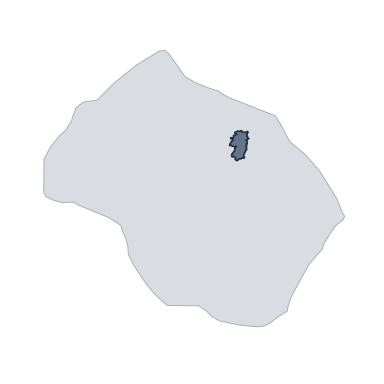 Tebe-Tebe, Berea, Lesotho (highlighted), rotated 80°
{"feature_id": "5366337B30705161784886", "entity_name": "Tebe-Tebe", "entity_type": "district", "adm_level": 2, "iso_a3": "LSO", "parent_name": "Lesotho", "parent_adm1": "Berea", "projection": "albers", "projection_center": [27.887, -29.222], "detail": "fine", "context": "in_parent", "style": "filled", "palette": "slate", "viewbox_px": 384, "rotation_deg": 80, "n_neighbors": 0, "source": "geoboundaries", "source_scale": "gbopen_adm2", "svg_char_len": 5562}
<svg xmlns="http://www.w3.org/2000/svg" viewBox="0 0 384 384"><g transform="rotate(80 192 192)"><path d="M254.8,261.8L243.7,265.2L242.2,265.5L235.1,264.6L225.6,265.4L218.2,267.3L212.4,268.0L203.0,278.0L185.8,305.1L181.3,310.8L180.0,321.5L176.0,329.9L171.2,336.5L166.4,338.1L152.2,335.4L134.1,332.1L123.5,323.9L114.0,313.2L109.0,305.3L103.8,301.1L102.0,298.7L94.6,295.1L91.8,293.2L89.3,291.9L86.3,286.7L84.5,282.2L85.2,269.6L79.9,262.1L70.9,249.3L65.1,238.8L57.3,224.5L52.4,212.3L47.4,199.6L48.0,194.1L52.7,190.4L66.5,183.9L77.2,178.9L84.9,169.8L93.3,156.2L97.3,148.1L101.4,144.3L105.9,138.6L113.6,125.8L122.3,111.7L131.6,96.5L143.4,92.1L159.5,87.0L175.0,73.8L193.4,62.7L223.3,50.7L237.2,47.7L242.5,45.9L245.8,48.2L249.3,55.2L254.4,61.0L266.0,71.2L271.0,73.7L283.0,88.8L295.8,99.2L310.6,111.1L320.7,117.1L325.8,118.8L330.0,129.3L334.2,137.2L336.6,144.5L336.0,151.6L331.1,168.9L324.1,186.5L318.5,193.8L311.8,198.4L305.2,205.3L302.5,219.5L299.4,236.2L290.8,243.0L284.2,247.5L275.0,252.9L254.8,261.8Z" fill="#d9dde1" stroke="#a8b0b8" stroke-width="1"/><path d="M164.6,145.8L164.6,145.5L164.6,144.8L164.4,144.4L164.4,144.2L164.5,143.9L164.8,143.8L165.1,143.7L165.5,143.4L165.8,143.3L166.3,143.3L166.5,143.4L166.6,143.7L166.8,143.7L167.0,143.8L167.3,143.8L167.5,143.8L168.6,143.0L168.7,142.4L169.0,141.8L169.0,141.7L168.8,141.2L168.5,141.2L168.2,140.9L167.9,140.6L167.5,140.3L167.5,140.0L167.7,139.5L167.6,139.0L167.7,138.9L167.7,138.7L167.9,138.4L167.9,138.0L167.8,137.9L167.8,137.6L167.7,137.5L167.5,137.2L167.3,137.1L167.4,136.9L167.2,136.6L167.2,136.4L167.5,136.5L167.5,136.4L167.4,136.3L167.4,136.2L167.2,136.1L167.2,135.9L167.3,135.3L167.5,135.2L167.5,134.8L167.6,134.7L167.2,134.4L167.0,134.5L166.7,134.4L166.7,134.5L166.3,134.9L166.1,134.9L165.8,135.0L165.5,134.9L165.4,134.8L165.1,134.7L164.7,134.5L164.4,134.5L164.0,134.3L163.9,134.2L163.6,133.8L163.5,133.7L163.3,133.7L163.0,133.6L162.8,133.4L162.6,133.4L162.3,133.0L162.1,133.1L161.9,132.9L161.7,132.7L161.5,132.4L161.4,132.3L161.1,132.4L160.9,132.0L160.6,132.0L160.5,131.9L160.4,131.8L160.0,131.7L159.9,131.6L159.7,131.4L159.7,131.2L159.6,131.3L159.5,131.2L159.4,131.3L159.0,131.2L158.8,130.8L158.6,130.8L158.4,130.7L158.1,130.7L157.8,130.5L157.7,130.6L157.3,130.5L157.1,130.8L156.8,130.9L156.7,130.8L156.7,130.6L156.5,130.4L156.4,130.4L156.4,130.5L156.1,130.4L155.8,130.4L155.6,130.3L155.5,130.2L155.3,129.9L155.1,129.9L154.8,129.8L154.7,129.9L154.6,129.7L154.4,129.4L154.3,129.5L154.3,129.4L154.2,129.2L154.0,129.3L153.6,129.4L153.4,129.3L153.3,129.2L153.2,129.1L152.9,129.0L152.7,129.0L152.3,129.1L152.2,129.2L152.0,129.3L151.9,129.2L151.8,129.3L151.7,129.2L151.5,129.3L151.2,129.3L151.2,129.2L150.9,129.2L150.8,129.3L150.7,129.4L150.6,129.5L150.3,129.6L150.3,129.0L150.1,129.1L150.0,128.7L150.0,128.3L149.9,128.3L149.7,128.0L149.7,127.8L149.8,127.8L149.6,127.6L149.5,127.4L149.4,127.6L149.2,127.5L148.9,127.6L148.7,127.5L148.7,127.4L148.6,127.5L148.4,127.5L148.2,127.7L148.1,127.4L148.1,127.5L147.8,127.5L147.8,127.8L147.7,127.9L147.5,128.0L147.4,128.0L147.3,127.9L147.2,128.1L146.7,128.2L146.7,128.3L146.4,128.3L146.1,128.3L146.0,128.2L145.9,128.1L146.0,128.0L145.9,128.0L145.7,127.9L145.6,128.0L145.4,128.1L145.3,127.9L145.2,128.0L144.6,127.7L144.3,127.9L144.2,127.8L144.0,127.7L143.9,127.7L143.8,127.2L143.2,127.1L143.1,126.7L142.9,126.4L142.6,126.6L142.6,126.8L142.4,126.8L142.5,126.9L142.5,127.0L142.4,127.2L142.5,127.4L142.5,127.5L142.4,127.6L142.4,127.8L142.3,128.0L142.4,128.5L142.3,128.8L142.3,129.0L142.3,129.5L142.3,129.8L142.2,130.1L142.1,130.4L142.1,130.7L141.9,130.9L141.9,131.0L141.8,131.4L141.8,131.5L141.8,131.9L141.4,132.0L141.1,132.3L140.8,132.3L140.6,132.3L140.3,132.6L140.1,132.9L140.1,133.1L140.2,133.4L140.2,133.5L140.5,133.7L140.5,133.8L140.5,134.0L140.6,134.3L140.6,134.5L140.5,134.9L140.4,135.1L140.1,135.3L140.0,135.6L139.9,136.1L139.9,136.4L140.0,136.6L140.1,136.8L140.2,137.1L140.2,137.3L140.3,137.5L140.3,138.2L140.4,138.8L140.6,139.2L140.8,139.3L140.9,139.5L141.5,139.6L141.7,139.4L142.0,139.3L142.2,139.1L142.4,138.7L142.7,138.4L142.9,138.2L143.1,138.0L143.1,138.3L143.0,139.1L143.1,139.3L143.3,139.4L143.3,140.1L143.4,140.5L143.5,141.1L143.7,141.4L143.8,141.5L144.2,141.6L144.6,141.5L145.0,141.2L145.4,141.4L145.5,141.6L145.7,141.8L145.7,142.1L145.8,142.4L145.7,142.7L145.8,143.0L145.6,143.4L145.5,143.9L145.5,144.0L145.3,144.0L145.2,144.3L145.6,144.6L146.1,144.5L146.3,144.3L146.3,144.2L146.2,144.1L145.8,144.1L145.8,143.8L146.2,143.9L146.4,143.8L146.4,143.6L146.5,143.3L146.5,143.2L146.4,143.0L146.4,142.9L146.5,142.9L147.0,142.7L147.1,142.9L147.3,142.9L147.6,142.7L147.6,142.8L147.8,143.1L148.0,143.1L148.4,143.2L148.4,143.3L148.6,143.5L148.8,143.8L148.8,144.0L149.0,143.9L149.1,144.1L149.3,144.3L149.3,144.5L149.5,144.5L150.0,145.1L150.3,145.3L150.4,145.5L150.6,145.8L150.9,146.0L151.0,146.2L151.3,146.3L151.5,146.4L151.9,146.7L152.4,146.7L152.6,146.7L153.0,146.7L152.9,146.2L152.7,145.5L152.8,145.3L152.9,145.1L153.3,145.0L153.8,144.6L154.0,144.0L154.3,143.6L154.5,142.9L154.7,142.1L154.7,141.0L154.6,140.6L154.8,140.4L155.0,140.4L155.4,140.8L155.3,141.2L155.3,141.5L155.2,141.6L155.3,141.7L155.5,141.7L155.6,141.4L155.8,141.4L156.0,141.6L156.0,142.0L156.4,142.2L156.6,142.3L156.9,142.4L157.1,142.3L157.9,142.6L158.4,142.8L158.7,143.2L158.9,143.2L159.2,143.5L159.3,143.6L159.5,143.7L159.6,143.9L160.1,144.5L160.3,144.7L160.6,144.8L160.9,145.1L161.0,145.1L160.9,145.3L161.0,145.6L161.4,146.1L161.7,146.0L162.1,146.5L162.6,146.5L163.2,146.8L163.5,146.6L163.8,146.6L164.2,146.5L164.4,146.4L164.6,145.8Z" fill="#64748b" stroke="#1e293b" stroke-width="1.5"/></g></svg>